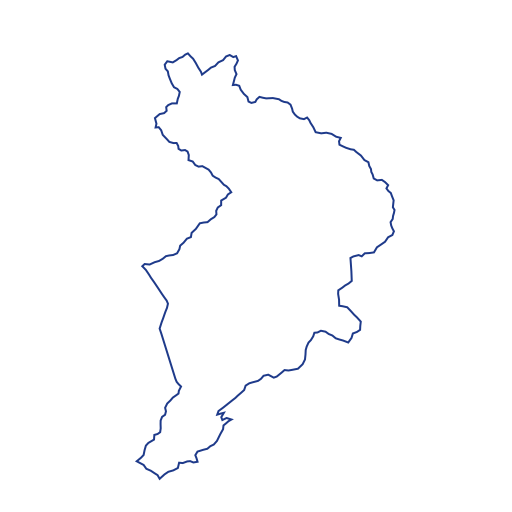 Taubaté, São Paulo, Brazil (Mercator projection), rotated 263°
{"feature_id": "56859067B10359153481242", "entity_name": "Taubaté", "entity_type": "district", "adm_level": 2, "iso_a3": "BRA", "parent_name": "Brazil", "parent_adm1": "São Paulo", "projection": "mercator", "projection_center": [-45.499, -23.087], "detail": "fine", "context": "isolated", "style": "outline", "palette": "blue", "viewbox_px": 512, "rotation_deg": 263, "n_neighbors": 0, "source": "geoboundaries", "source_scale": "gbopen_adm2", "svg_char_len": 4058}
<svg xmlns="http://www.w3.org/2000/svg" viewBox="0 0 512 512"><g transform="rotate(263 256 256)"><path d="M158.9,337.0L163.0,340.8L167.3,342.7L168.3,346.9L170.0,350.3L174.0,351.0L178.1,352.0L182.8,348.7L185.8,346.2L189.4,343.7L194.0,340.3L195.6,335.8L196.5,332.5L202.5,333.1L208.4,332.9L211.9,333.5L214.0,337.7L215.9,340.9L217.4,344.5L219.6,348.0L229.1,348.8L242.5,349.5L243.7,352.6L244.4,358.0L242.8,360.9L245.4,364.3L245.1,368.8L245.2,373.5L249.9,377.1L252.3,381.8L254.4,385.8L258.5,389.4L260.2,393.9L263.7,395.9L266.8,394.7L269.8,393.9L273.2,393.7L276.1,396.2L279.0,396.9L282.0,398.2L284.8,399.1L287.7,397.8L291.1,398.6L294.5,399.4L299.0,398.2L302.1,397.5L304.4,395.3L307.2,393.7L310.2,395.8L313.6,393.1L316.2,390.2L316.3,385.5L318.6,382.3L322.7,381.7L325.4,380.7L328.3,380.7L331.5,379.4L335.4,379.0L338.0,375.3L342.9,372.4L346.9,368.3L349.5,366.1L350.4,362.9L352.4,358.6L354.3,355.5L356.3,352.4L359.8,352.4L362.9,354.5L364.6,350.1L368.0,345.9L369.8,340.8L369.8,335.7L371.6,330.3L376.8,328.6L381.5,326.3L384.3,325.4L387.2,323.6L386.0,320.3L387.3,316.3L389.3,313.8L391.7,311.8L394.8,310.1L397.8,309.8L402.0,308.7L404.5,306.1L405.5,302.7L406.9,300.1L408.8,297.9L410.7,292.0L411.2,285.3L412.2,282.2L413.5,278.8L411.4,275.8L409.0,274.1L408.5,270.1L410.2,267.4L414.8,266.8L418.4,263.7L422.9,261.1L427.0,260.1L428.4,257.0L428.5,253.9L431.5,255.1L435.6,256.7L438.9,258.8L443.1,257.6L446.4,257.8L449.3,260.1L452.3,261.9L456.8,260.6L456.2,257.7L458.7,254.4L457.7,250.6L454.4,247.2L452.8,242.3L449.6,238.5L448.5,234.3L446.5,231.2L444.2,227.2L442.6,224.5L445.6,223.8L449.9,221.7L455.0,219.7L459.5,217.6L462.1,215.4L465.4,213.1L464.5,210.3L462.5,207.3L461.8,203.9L460.1,201.0L458.3,197.0L460.1,191.7L457.0,188.7L452.9,189.0L450.0,191.0L446.1,191.2L442.4,192.1L437.7,193.4L433.5,195.2L431.4,198.3L428.1,200.3L424.3,199.0L421.5,197.5L417.1,196.0L417.7,191.2L416.5,187.3L414.7,185.0L411.0,185.0L409.0,182.2L408.6,177.7L405.2,172.5L399.4,173.3L395.8,172.0L395.7,175.1L392.4,177.2L387.6,178.2L382.8,181.8L379.8,183.9L378.2,187.7L377.8,191.0L374.7,192.2L371.8,192.2L369.8,194.7L369.8,198.5L368.0,200.8L364.4,201.6L359.4,200.7L357.5,204.7L353.7,206.8L351.7,209.9L351.7,213.7L347.5,219.5L344.4,221.5L341.0,222.8L338.8,225.4L336.9,228.4L330.6,232.8L328.9,235.1L326.2,237.2L322.3,239.2L320.5,235.6L317.5,233.3L315.3,228.2L310.7,227.6L308.8,224.0L305.7,222.0L302.1,221.8L299.7,219.4L298.0,215.7L295.5,212.0L295.6,208.1L295.3,204.2L290.2,199.6L286.8,194.9L282.7,193.7L281.6,189.5L278.0,185.7L275.5,182.0L272.1,180.8L268.3,178.0L267.1,173.9L267.1,169.8L266.8,166.6L264.6,163.1L262.9,159.2L262.2,154.7L260.5,149.4L261.6,144.5L259.7,141.9L255.6,145.0L250.5,147.6L247.2,149.1L242.4,151.7L235.5,155.2L230.0,157.9L226.2,159.9L222.6,161.9L219.4,162.8L215.3,161.3L211.9,159.4L208.7,157.8L205.6,156.3L201.8,154.3L195.7,151.5L190.3,152.6L144.1,161.0L140.8,161.9L138.3,163.5L135.6,165.7L131.6,163.0L128.9,162.3L127.5,159.8L125.6,156.2L123.0,153.4L120.4,149.9L116.4,147.3L112.8,147.7L109.5,146.4L107.8,143.2L104.3,141.3L100.8,140.8L96.5,140.4L92.8,139.4L91.3,136.6L90.8,133.3L86.2,132.4L83.6,126.4L81.2,123.6L77.0,121.8L72.2,120.2L69.8,117.3L66.8,112.6L62.3,119.0L58.2,121.2L55.7,125.4L52.7,128.9L50.5,131.6L46.6,133.2L50.4,138.6L52.5,142.7L53.3,147.8L55.1,152.6L60.2,154.5L59.4,158.1L60.5,162.7L60.4,165.7L58.7,168.7L58.9,172.9L62.6,172.3L65.7,171.5L69.0,174.1L70.1,180.1L70.6,184.2L72.8,187.5L74.0,191.1L77.2,194.7L81.5,197.5L83.9,199.1L88.1,202.2L91.8,203.1L93.5,205.8L95.4,208.6L96.7,211.7L98.8,207.1L97.3,202.6L100.3,201.9L104.3,205.0L103.9,201.9L103.3,198.2L106.7,199.9L109.5,204.9L115.7,215.0L117.6,218.2L119.5,220.7L122.1,224.6L124.4,227.9L128.6,229.9L130.5,233.9L131.0,237.0L131.8,242.8L133.5,246.0L136.2,248.9L136.7,253.7L133.1,258.8L133.8,261.9L137.2,267.3L139.3,270.4L138.4,274.3L138.6,278.1L139.0,283.9L142.9,289.1L147.3,292.0L152.1,293.1L156.7,293.9L160.0,295.3L163.7,297.6L165.8,300.2L169.3,303.0L172.7,304.6L172.6,307.7L173.9,311.3L172.4,315.8L169.7,318.7L167.8,322.1L164.6,325.1L163.0,328.5L161.5,332.1L158.9,337.0Z" fill="none" stroke="#1e3a8a" stroke-width="2"/></g></svg>